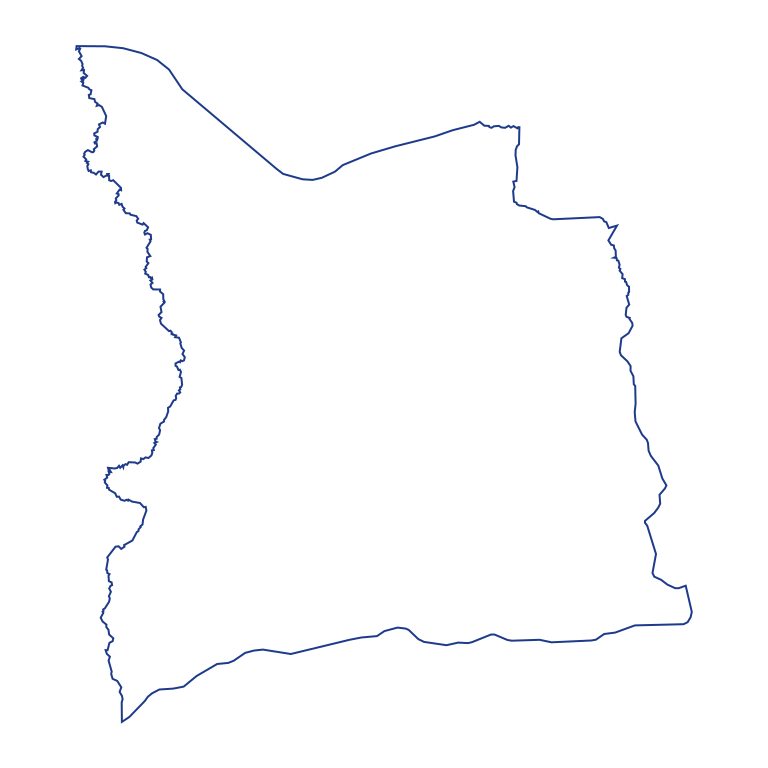 Phanom Dong Rak, Surin, Thailand (Albers equal-area conic projection)
{"feature_id": "78962969B88095074466781", "entity_name": "Phanom Dong Rak", "entity_type": "district", "adm_level": 2, "iso_a3": "THA", "parent_name": "Thailand", "parent_adm1": "Surin", "projection": "albers", "projection_center": [103.261, 14.433], "detail": "fine", "context": "isolated", "style": "outline", "palette": "blue", "viewbox_px": 768, "rotation_deg": 0, "n_neighbors": 0, "source": "geoboundaries", "source_scale": "gbopen_adm2", "svg_char_len": 6019}
<svg xmlns="http://www.w3.org/2000/svg" viewBox="0 0 768 768"><path d="M121.9,721.9L129.3,717.0L145.0,700.8L147.8,696.8L152.1,693.3L159.4,689.5L173.3,688.6L183.7,686.6L196.6,676.0L217.1,664.0L228.3,662.9L233.8,660.7L245.1,652.9L253.7,650.6L262.9,649.6L290.8,654.0L349.5,639.8L361.3,637.5L377.0,636.1L384.4,631.1L397.5,627.6L405.8,628.6L408.8,630.0L418.3,639.1L424.0,641.9L446.5,645.2L458.2,642.6L468.0,643.1L471.9,642.2L491.1,634.5L494.4,634.5L507.5,640.0L511.8,640.7L539.6,639.8L551.5,642.3L591.2,640.5L595.9,639.7L604.2,634.0L615.1,632.6L634.9,625.4L683.6,624.2L687.6,622.2L690.6,617.3L691.8,611.9L685.7,585.7L678.7,588.2L675.2,588.2L667.4,584.6L661.1,579.8L654.3,576.7L652.5,573.0L656.0,554.0L647.2,525.6L645.0,522.8L645.0,520.9L654.3,512.9L658.2,507.7L660.2,503.7L659.5,494.8L665.0,488.4L666.4,485.4L662.3,478.4L658.3,465.6L650.8,455.8L648.6,450.7L648.0,443.1L646.8,439.8L642.0,434.5L635.5,421.4L634.7,412.1L635.6,403.9L635.2,385.9L633.8,384.3L633.4,376.3L630.5,370.7L630.6,366.1L627.4,361.3L621.0,355.3L619.7,351.9L621.4,338.3L628.6,333.2L632.6,325.7L632.2,322.9L629.4,318.8L629.7,317.9L626.6,316.9L625.7,314.9L626.5,307.7L629.2,304.6L626.7,296.0L628.3,294.8L628.3,292.5L629.1,292.0L629.0,286.7L627.1,285.2L626.1,281.9L625.0,281.6L624.9,279.1L622.2,278.2L622.6,274.2L619.6,270.6L620.4,269.0L618.9,267.7L619.6,264.6L618.3,260.6L616.9,260.3L616.5,257.9L614.0,257.7L615.9,256.8L615.6,250.4L614.2,248.3L613.8,245.4L611.2,244.8L608.4,240.4L617.0,225.6L608.8,228.0L606.3,222.1L604.1,221.4L602.9,218.9L599.7,217.1L553.1,219.3L550.6,218.8L538.7,213.2L538.2,211.4L537.3,211.9L534.9,209.9L526.7,207.3L525.7,206.2L519.2,205.5L516.9,204.1L516.5,202.7L514.0,201.7L513.1,191.0L514.6,187.1L513.3,181.6L516.5,180.9L517.4,167.2L515.5,155.4L515.7,149.9L517.0,146.3L519.0,144.3L519.4,127.2L518.1,127.2L517.4,128.3L513.5,126.1L510.9,127.6L508.7,125.8L505.1,127.8L501.3,127.4L498.9,125.9L493.9,126.3L491.5,127.8L489.4,127.1L488.9,125.9L484.3,125.7L479.7,121.8L474.0,124.8L452.7,130.2L434.8,136.4L395.3,146.3L371.0,153.5L342.8,165.1L334.9,171.7L321.8,177.8L312.7,179.9L302.6,179.3L283.1,173.9L276.6,168.9L182.3,89.3L169.0,69.5L157.1,60.0L141.3,53.0L123.1,48.2L105.1,46.3L76.6,46.1L76.2,49.4L79.6,48.1L80.2,48.7L78.9,51.3L81.6,56.1L78.9,59.0L81.1,60.8L82.6,64.1L82.1,65.8L83.1,67.8L81.5,70.3L84.0,70.0L83.7,73.0L87.1,75.9L85.3,77.9L83.2,76.9L81.1,78.3L81.6,79.3L83.6,79.1L83.2,80.8L81.5,81.5L83.3,82.8L82.5,85.5L88.4,87.8L89.4,89.4L91.4,90.2L90.6,94.3L88.8,94.9L89.3,98.1L94.4,99.1L95.1,101.9L97.6,103.6L96.8,105.8L99.1,105.1L101.9,106.9L106.2,116.1L105.0,123.7L102.8,122.5L99.0,124.4L100.0,127.0L97.7,129.2L97.5,131.8L94.2,133.4L94.4,135.4L97.8,137.0L97.5,138.9L95.6,138.5L97.0,139.7L96.9,140.7L94.4,142.3L94.9,143.5L96.6,143.3L97.1,146.4L93.8,149.2L94.3,150.7L93.4,152.0L92.1,152.3L87.9,150.1L85.2,151.8L84.1,153.7L84.7,154.9L83.5,156.7L86.2,159.4L85.4,160.9L88.1,161.7L86.9,162.9L88.4,164.2L87.3,166.0L87.8,169.1L88.7,171.0L90.8,170.3L91.1,172.3L93.8,172.8L96.0,174.5L98.6,171.6L101.6,171.6L101.0,174.8L103.5,177.1L107.3,175.0L107.2,174.0L108.6,174.0L107.7,175.7L109.1,175.8L109.2,180.3L111.1,181.0L113.2,180.2L121.0,187.9L121.1,190.2L119.6,189.6L116.8,193.5L118.6,194.1L118.6,195.5L115.8,198.4L116.3,200.2L115.0,202.0L115.3,203.2L116.4,202.5L118.5,203.0L119.3,204.8L121.6,203.9L122.5,206.7L124.5,208.5L123.4,209.7L125.8,213.2L129.8,213.4L130.4,214.7L136.3,216.1L138.2,218.8L136.7,220.6L137.3,222.6L142.6,224.6L143.6,223.1L148.1,227.3L146.8,230.2L144.9,231.0L144.3,232.7L145.0,234.5L147.4,233.2L150.8,234.8L151.1,239.3L149.8,239.6L150.5,241.4L146.5,247.8L147.6,248.9L147.4,251.8L150.3,256.1L147.0,257.3L146.7,261.5L148.4,263.1L145.6,267.0L146.3,268.1L144.4,269.7L145.8,271.8L145.2,273.6L148.2,275.0L148.9,277.1L150.2,277.1L150.6,278.0L152.0,277.5L152.4,279.5L150.4,280.5L152.5,282.9L150.5,284.5L151.2,287.5L153.2,289.4L160.1,289.5L160.0,291.5L163.2,294.2L163.3,299.1L164.6,301.7L163.7,301.8L164.2,302.9L160.5,306.7L161.5,312.1L158.6,315.0L159.2,316.6L161.5,317.9L160.0,320.1L161.0,323.7L169.0,331.1L170.4,330.7L171.5,331.7L171.6,334.0L172.5,333.6L173.0,334.7L176.1,335.4L175.1,337.2L179.0,337.7L180.9,342.4L180.3,343.3L181.6,347.8L184.1,350.6L182.5,354.0L184.8,357.2L184.0,360.4L182.1,361.2L180.8,360.4L180.0,362.2L179.1,361.6L175.5,363.5L175.6,365.9L176.9,366.5L178.5,370.0L179.9,369.7L181.0,372.0L179.6,376.9L181.4,378.0L182.1,384.8L181.2,387.0L179.9,387.4L180.3,389.4L178.9,390.3L180.2,392.4L179.1,393.5L177.1,393.6L175.7,395.9L176.2,398.2L175.5,399.9L173.6,400.4L170.2,406.5L168.0,407.8L168.2,411.4L166.2,417.2L164.1,419.8L164.0,421.5L160.4,423.7L159.0,428.1L160.1,430.2L159.1,434.6L156.7,437.0L156.6,438.8L154.8,439.1L155.4,441.4L156.7,442.0L154.4,443.0L155.8,444.6L153.3,448.1L153.8,450.1L151.9,450.4L152.3,452.9L151.4,455.5L148.4,458.0L145.5,457.4L143.4,459.1L141.0,458.4L140.6,461.7L137.5,463.6L135.2,462.5L128.7,462.2L127.1,464.8L125.7,464.1L123.6,465.4L123.3,467.2L122.5,465.4L120.2,467.8L119.0,465.8L117.3,467.9L114.8,468.5L108.0,467.8L108.6,469.9L109.6,469.9L110.9,472.0L108.7,471.8L109.4,473.9L108.4,475.0L106.5,474.9L107.2,477.6L104.3,479.8L105.2,480.8L104.8,482.5L107.4,485.4L107.0,487.8L108.7,487.9L109.1,489.7L115.2,493.3L116.8,496.8L119.0,496.6L120.7,499.6L124.6,500.8L126.4,499.8L128.0,500.6L128.4,499.6L132.1,501.6L140.0,503.0L143.8,507.2L145.7,506.9L146.4,510.6L143.1,519.5L142.5,524.5L140.3,526.3L140.7,527.1L138.6,529.3L138.4,531.1L136.8,532.1L132.4,540.5L124.1,545.1L124.5,546.7L121.2,548.9L118.6,546.3L115.5,546.7L107.2,557.5L108.0,559.5L106.2,569.7L107.1,570.4L107.3,573.0L109.5,574.1L108.5,575.8L108.9,581.2L111.6,582.4L112.1,585.1L110.5,585.9L109.2,588.5L110.9,591.8L108.9,596.2L109.8,598.4L109.1,601.7L104.9,608.3L103.1,609.5L103.5,611.0L102.6,611.7L103.3,612.9L100.7,617.7L102.6,621.5L106.4,624.6L106.3,627.0L108.5,629.9L109.1,634.5L113.3,638.3L112.7,641.1L109.4,642.9L107.6,650.1L105.6,650.1L106.8,653.8L109.9,656.7L108.6,660.7L111.7,671.6L111.2,674.0L112.6,678.8L117.2,680.9L121.3,687.3L119.6,691.9L122.0,696.0L122.6,699.2L121.7,702.3L121.9,721.9Z" fill="none" stroke="#1e3a8a" stroke-width="2"/></svg>